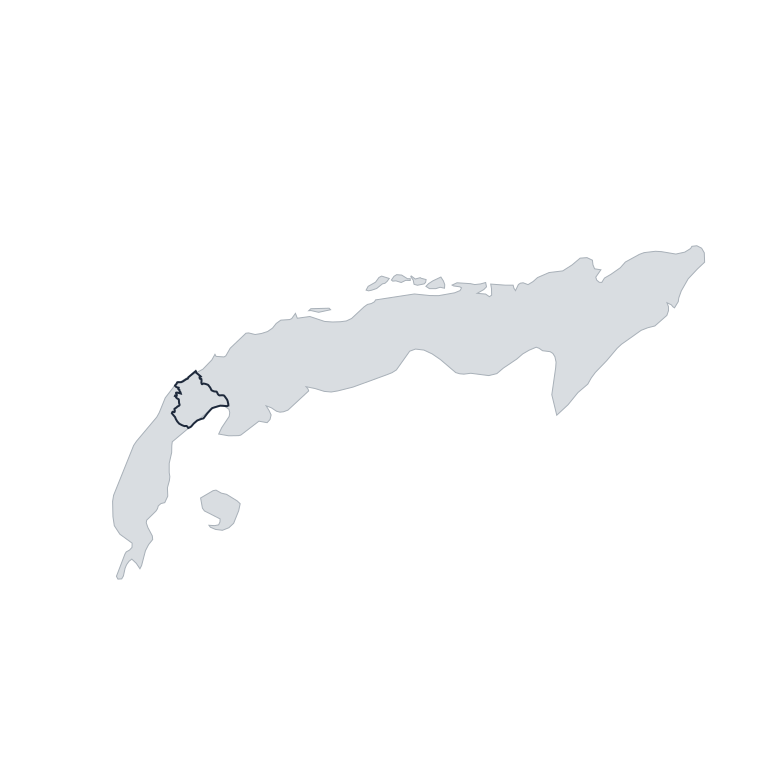 Cuba, with Mayabeque highlighted, rotated 319°
{"feature_id": "CUB-5489", "entity_name": "Mayabeque", "entity_type": "Province", "adm_level": 1, "iso_a3": "CUB", "parent_name": "Cuba", "parent_adm1": "", "projection": "equal_earth", "projection_center": [-81.981, 22.888], "detail": "fine", "context": "in_parent", "style": "outline", "palette": "slate", "viewbox_px": 768, "rotation_deg": 319, "n_neighbors": 0, "source": "natural_earth", "source_scale": "10m", "svg_char_len": 5662}
<svg xmlns="http://www.w3.org/2000/svg" viewBox="0 0 768 768"><g transform="rotate(319 384 384)"><path d="M241.0,250.2L256.9,254.0L269.8,252.9L275.9,250.7L275.4,253.0L281.0,258.6L283.1,259.0L291.4,256.1L313.1,255.1L315.3,256.6L319.2,262.1L324.7,265.5L330.5,268.0L336.5,268.7L342.4,267.6L348.0,268.1L355.1,273.5L357.3,274.1L363.5,272.6L361.7,277.5L372.3,284.4L380.2,297.8L385.8,303.4L391.8,308.3L396.9,311.7L402.5,313.3L419.6,312.7L423.7,313.1L427.3,315.0L430.8,315.7L432.8,315.0L466.0,336.0L476.6,347.3L483.1,353.1L497.1,361.5L502.7,363.4L505.6,362.3L505.0,360.4L500.9,355.7L500.3,354.0L505.5,355.5L515.1,365.0L517.7,368.5L522.5,371.8L527.3,374.1L525.1,377.9L521.2,378.2L513.8,376.7L519.7,382.8L520.8,387.2L523.5,387.6L527.6,382.7L530.1,378.6L540.6,389.2L546.3,394.1L544.9,396.9L544.5,399.8L550.7,397.1L553.1,397.4L555.4,398.9L557.9,403.5L563.8,404.5L569.7,404.4L581.7,408.2L593.1,415.9L603.8,417.5L614.6,417.7L620.1,421.8L622.5,427.3L619.9,431.1L618.5,435.2L622.6,440.1L613.9,442.3L612.7,445.2L613.2,448.5L615.0,450.2L619.9,448.7L627.2,450.1L638.6,451.3L646.2,450.3L661.8,453.7L666.5,455.5L675.9,461.9L680.2,466.1L689.5,477.4L697.5,481.8L704.3,482.9L706.7,482.1L710.8,484.9L712.8,489.9L711.8,495.1L705.9,502.4L696.1,502.8L682.5,504.2L669.4,508.8L663.0,512.4L660.1,514.9L653.2,517.1L652.7,515.2L652.8,512.8L650.9,508.3L649.4,512.3L646.8,515.3L642.5,517.8L626.5,517.9L620.0,514.6L613.3,512.2L589.2,509.8L583.4,510.0L567.3,512.5L551.2,513.9L544.4,515.4L537.7,517.8L524.7,517.7L509.3,520.4L493.9,520.9L503.6,502.2L524.3,484.3L528.2,480.4L530.9,475.5L531.5,471.7L530.6,468.6L525.5,462.9L524.5,458.8L523.0,456.1L515.7,453.7L508.4,452.3L500.7,452.3L484.6,450.3L476.0,450.2L468.6,446.4L456.5,432.8L450.8,429.0L447.8,425.9L445.6,422.4L442.6,402.5L440.1,392.9L436.4,384.6L430.7,378.3L424.9,376.1L402.6,381.5L397.4,380.7L392.3,378.9L358.6,366.0L344.6,358.9L338.9,355.4L334.1,350.4L329.0,342.2L323.4,334.9L323.4,337.9L322.6,339.8L294.4,340.7L289.9,339.0L287.0,337.0L285.0,334.0L283.4,328.1L280.7,323.1L279.9,328.4L278.5,333.3L274.7,336.0L270.4,336.5L265.2,330.0L242.4,328.6L240.3,327.5L232.8,321.2L226.4,313.3L232.8,310.5L245.9,306.9L248.8,304.4L250.4,301.3L249.2,296.7L246.6,293.3L243.9,291.4L241.0,290.1L237.0,289.6L186.3,288.7L183.4,291.3L178.8,296.4L169.8,303.0L163.8,309.9L161.6,313.4L158.8,316.0L152.5,320.2L147.2,326.8L140.7,329.7L137.2,327.9L133.7,327.9L131.2,329.5L128.5,330.3L115.5,331.1L113.5,332.8L111.6,337.5L109.5,346.6L107.4,349.6L100.9,350.8L94.6,353.3L81.9,362.0L78.6,363.3L79.4,356.9L78.8,350.7L75.2,350.5L71.1,351.5L67.7,353.2L61.4,357.9L58.2,359.0L55.2,356.7L55.9,353.6L76.9,342.4L79.3,341.6L83.0,342.4L86.6,342.0L89.5,338.9L86.1,324.1L87.5,314.0L92.4,306.3L102.2,294.5L106.9,290.6L154.8,266.1L159.7,264.8L190.8,259.9L195.5,258.2L209.9,250.9L225.0,247.9L241.0,250.2ZM196.9,380.0L191.2,384.3L179.1,390.5L172.6,390.7L166.1,388.4L161.5,383.3L159.0,378.2L159.2,375.8L163.3,379.8L166.8,381.8L169.7,380.5L171.8,378.3L165.2,362.0L165.5,358.6L170.8,349.7L185.1,352.4L187.6,353.9L189.6,359.6L192.8,364.0L196.5,375.9L196.9,380.0ZM436.1,299.9L444.4,301.6L450.1,300.3L453.0,301.0L457.2,307.8L453.6,308.6L450.7,308.6L448.6,307.4L441.1,307.1L436.2,305.1L433.4,303.5L432.1,301.4L436.1,299.9ZM495.0,348.9L492.5,351.4L489.8,347.8L485.6,346.0L480.9,341.9L479.7,337.8L483.6,337.5L488.5,338.2L497.1,340.6L496.4,345.3L495.0,348.9ZM472.9,321.7L471.7,323.1L468.4,320.0L463.6,318.7L460.7,314.0L458.1,312.1L457.8,310.4L462.2,309.3L465.3,309.8L468.8,313.4L470.8,320.0L472.9,321.7ZM482.1,334.6L480.0,334.8L474.0,331.4L472.1,328.5L474.2,324.7L474.6,320.6L475.4,320.3L476.5,325.3L481.1,327.5L481.4,328.6L484.3,332.8L482.1,334.6ZM392.3,290.8L392.4,292.9L381.7,287.0L377.1,280.7L375.3,279.3L378.2,279.2L392.3,290.8Z" fill="#d9dde1" stroke="#a8b0b8" stroke-width="1"/><path d="M225.1,248.2L225.8,247.9L227.2,247.8L227.8,247.6L228.5,247.3L229.2,247.1L229.8,247.5L232.0,249.5L233.8,250.1L237.7,250.6L239.5,251.2L240.9,250.6L250.4,250.7L250.3,251.3L249.7,252.3L250.4,256.6L250.6,257.6L250.6,258.2L250.3,258.1L249.7,257.7L249.4,257.7L249.1,258.0L248.7,258.7L248.6,259.1L248.6,259.4L249.1,259.9L249.4,260.4L249.4,260.6L249.2,260.8L249.0,261.0L248.4,261.9L247.2,263.0L246.9,263.4L246.8,263.6L246.7,263.9L246.5,264.5L246.6,264.8L246.8,264.9L247.5,265.0L248.0,265.2L248.4,265.7L248.9,266.2L249.9,267.8L250.6,269.1L250.6,269.3L250.7,269.9L250.6,270.2L250.5,272.6L249.7,275.6L250.7,277.8L251.6,278.9L252.4,279.6L252.6,280.0L252.6,280.5L252.0,282.6L252.0,283.8L252.3,284.6L254.6,286.4L255.6,287.5L255.7,288.7L255.3,292.8L255.1,293.4L254.9,294.0L254.6,294.7L254.1,295.5L253.3,297.1L253.1,297.3L252.8,297.6L252.6,297.7L252.5,297.9L252.4,298.1L252.0,297.9L251.1,297.8L249.4,296.1L248.3,294.9L246.2,292.9L244.0,291.9L238.6,289.5L236.5,289.6L231.6,290.2L225.2,291.5L223.2,290.5L219.1,289.0L214.5,289.0L211.9,289.4L210.6,289.6L209.3,289.4L207.4,288.8L207.6,287.1L207.4,286.1L206.6,285.4L205.8,284.9L204.6,282.7L203.4,279.6L203.4,276.6L203.9,273.9L204.6,271.9L204.6,269.7L204.7,266.9L205.7,266.4L206.2,266.3L206.6,266.6L207.2,267.6L207.6,267.7L208.0,267.5L208.8,266.6L209.0,266.0L209.6,265.3L212.0,265.6L213.5,265.5L214.2,265.8L214.8,265.9L215.5,265.9L216.0,265.7L216.4,265.0L216.8,264.0L218.9,261.2L219.0,260.9L218.9,260.5L218.4,259.2L218.3,258.4L218.3,257.9L218.4,257.2L218.5,256.8L218.5,256.4L218.4,256.1L218.3,255.9L218.8,255.7L219.1,256.2L219.5,257.0L220.1,256.7L220.5,256.3L220.8,255.2L220.9,254.8L221.0,254.5L221.2,254.3L221.4,254.2L222.0,254.5L222.3,254.8L224.4,257.9L225.0,256.6L225.1,255.2L225.2,254.9L225.3,254.6L225.7,254.3L225.7,253.9L225.5,253.2L225.5,252.7L226.2,252.4L226.6,252.1L225.5,250.5L225.2,249.8L225.3,249.0L225.1,248.2Z" fill="none" stroke="#1e293b" stroke-width="2"/></g></svg>